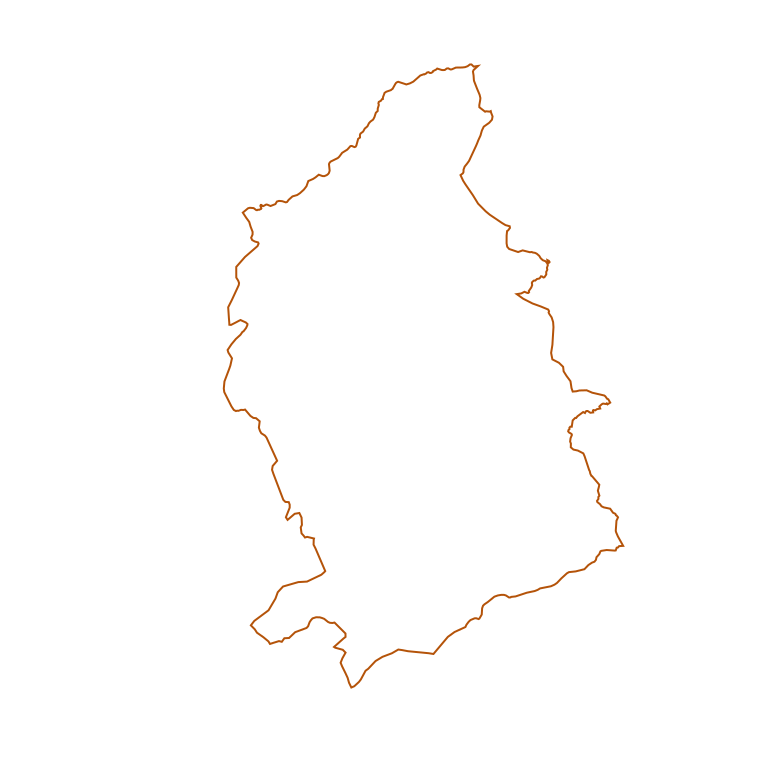 Kapanga, Katanga, Democratic Republic of the Congo, rotated 63°
{"feature_id": "63176286B41140464701712", "entity_name": "Kapanga", "entity_type": "district", "adm_level": 2, "iso_a3": "COD", "parent_name": "Democratic Republic of the Congo", "parent_adm1": "Katanga", "projection": "orthographic", "projection_center": [22.662, -8.489], "detail": "fine", "context": "isolated", "style": "outline", "palette": "amber", "viewbox_px": 768, "rotation_deg": 63, "n_neighbors": 0, "source": "geoboundaries", "source_scale": "gbopen_adm2", "svg_char_len": 6165}
<svg xmlns="http://www.w3.org/2000/svg" viewBox="0 0 768 768"><g transform="rotate(63 384 384)"><path d="M636.8,244.4L626.0,244.8L621.5,244.5L620.1,244.2L611.3,238.9L610.5,237.8L609.0,236.0L606.7,236.5L606.3,236.9L604.7,236.8L602.6,238.4L597.8,239.1L593.7,244.2L591.7,245.7L589.1,246.1L586.1,247.5L584.9,247.3L583.7,245.1L582.0,244.3L581.3,242.8L576.2,241.9L573.5,239.5L571.5,237.9L560.5,240.5L560.1,240.9L557.6,240.9L555.0,240.2L553.9,240.3L539.6,238.1L536.3,237.9L531.3,241.5L528.4,245.0L525.2,246.3L521.9,244.5L519.8,244.3L517.0,242.4L514.7,239.7L513.6,239.6L511.1,241.2L509.8,241.4L508.7,240.4L508.5,239.3L507.1,238.6L506.6,237.3L507.3,236.1L502.1,232.4L501.0,229.0L501.5,228.2L500.6,226.3L499.4,219.3L501.1,218.1L500.1,216.7L500.0,215.9L500.5,214.8L503.3,213.2L504.3,210.5L502.4,209.8L502.3,209.2L503.4,207.8L503.1,205.7L504.0,202.5L501.8,202.3L500.9,199.2L500.9,197.7L502.6,195.3L502.4,194.3L503.6,194.1L503.3,190.9L499.4,191.1L498.5,191.9L495.4,192.4L494.2,193.0L486.3,202.4L481.6,206.3L478.5,212.8L477.8,215.9L476.4,219.3L472.8,218.8L466.2,216.6L459.7,217.7L454.3,218.2L450.0,216.6L444.5,218.5L438.5,222.8L432.2,221.0L425.6,216.2L410.3,207.2L405.6,205.2L400.8,204.4L396.8,204.9L395.1,204.9L394.1,203.9L392.2,203.9L386.1,209.1L379.7,215.1L371.3,221.2L364.2,224.9L365.6,220.6L365.6,217.0L367.9,215.0L368.4,214.0L368.0,213.0L366.9,212.8L364.9,209.0L363.1,207.0L361.1,206.4L360.3,205.4L359.9,203.4L360.5,202.3L359.9,200.0L360.5,197.9L360.2,196.7L359.3,195.2L360.0,194.3L361.5,193.6L361.7,192.6L360.1,189.7L357.8,188.6L356.3,186.6L354.5,186.1L352.4,184.0L351.4,183.9L350.9,183.5L350.8,181.6L350.5,181.1L349.1,181.2L347.9,182.1L349.4,182.4L350.1,183.9L348.0,184.3L345.8,186.3L343.1,187.3L340.3,187.5L337.3,188.7L335.7,189.9L334.3,191.8L333.5,192.4L332.8,194.2L327.9,199.8L327.3,204.6L320.5,211.2L317.6,211.9L314.3,210.9L307.3,207.3L303.6,204.9L303.5,203.7L302.1,200.9L300.5,200.4L297.6,203.6L294.2,205.7L281.2,212.9L276.3,215.0L266.0,218.3L256.0,219.1L243.1,220.8L238.9,221.2L232.6,221.0L232.1,218.1L231.3,217.0L229.1,215.8L226.9,213.4L225.4,210.0L223.8,206.9L213.7,194.0L211.7,191.6L209.8,189.5L206.4,185.2L204.4,183.4L202.6,181.7L200.0,178.3L199.0,171.6L197.5,167.8L194.9,165.8L190.9,165.4L189.3,165.0L189.3,166.2L187.3,169.3L187.3,170.3L180.7,173.4L178.8,172.5L175.0,169.6L173.0,168.3L169.7,167.5L162.9,167.0L155.0,166.2L153.9,165.9L149.7,164.1L146.0,162.9L144.9,161.6L143.3,155.8L141.9,160.0L139.0,161.0L138.3,162.4L138.8,165.2L138.5,167.9L137.5,170.6L134.7,176.3L134.4,180.9L133.9,182.0L131.9,183.5L131.4,184.8L131.8,187.3L131.2,188.7L130.5,189.9L127.1,193.4L127.5,194.7L127.5,198.3L128.2,199.1L128.2,201.0L127.6,202.0L126.4,202.7L126.0,204.2L126.5,205.7L126.4,207.6L126.1,207.8L125.6,211.6L127.9,220.6L127.9,224.5L127.2,228.2L126.6,228.7L121.2,234.1L121.0,235.1L121.2,236.6L121.8,237.7L125.0,242.5L125.0,243.5L125.3,244.4L124.6,249.3L124.9,251.4L126.0,252.5L127.9,254.6L129.6,255.7L129.3,256.6L130.2,258.0L130.3,260.6L131.4,261.6L133.0,261.9L135.7,264.5L137.9,265.7L138.6,268.1L141.9,271.4L143.5,273.7L144.0,276.9L144.8,279.0L146.9,281.8L147.7,285.2L149.6,288.0L150.2,291.3L151.2,292.4L153.5,293.5L153.8,295.7L159.0,300.4L159.7,301.6L159.5,302.8L157.3,304.6L156.8,305.9L158.5,310.3L159.0,316.3L161.2,320.8L161.7,322.6L161.6,330.5L162.0,331.7L162.4,332.4L163.1,333.2L169.3,335.6L171.0,337.3L171.6,338.6L171.9,340.2L171.7,342.8L170.8,344.4L167.9,347.1L168.8,351.2L169.1,354.1L168.8,359.3L172.6,363.3L174.4,367.1L175.8,372.2L176.2,375.6L175.3,380.4L176.6,385.3L177.8,387.7L177.6,389.0L174.9,391.7L173.2,394.4L172.8,396.6L174.4,399.1L173.9,404.3L171.2,406.6L170.6,407.5L170.7,410.8L170.3,411.4L168.8,411.9L168.5,412.5L169.2,413.3L171.8,413.5L172.2,414.1L172.1,416.2L171.5,417.1L171.5,418.2L171.0,418.9L168.1,420.3L166.1,423.5L165.7,425.3L167.2,432.0L173.4,431.3L178.4,430.5L183.1,431.4L188.8,432.0L191.2,433.3L193.4,436.0L195.9,436.1L198.4,434.4L200.7,431.9L202.0,432.0L203.7,434.1L207.7,450.2L212.6,462.5L222.1,467.3L225.8,467.0L228.2,467.3L229.9,468.5L232.2,471.4L239.9,481.2L244.9,488.0L255.4,492.5L259.3,494.1L261.0,494.9L261.9,493.5L261.9,488.8L261.8,482.9L266.4,479.2L268.6,478.4L269.6,479.1L271.5,481.5L273.3,485.3L273.3,486.4L275.0,489.6L276.6,495.5L279.4,502.0L282.7,507.9L285.3,508.4L292.1,507.8L297.8,512.5L300.2,515.0L309.3,525.0L315.3,528.8L318.7,530.0L334.7,530.1L338.9,529.6L340.9,528.2L341.1,527.0L341.8,525.9L342.1,523.2L343.4,520.9L343.7,519.4L351.8,517.5L354.9,515.8L356.4,513.5L360.8,511.7L366.1,515.3L369.4,515.8L372.2,515.7L375.9,513.5L378.4,513.0L403.9,514.1L406.5,520.4L409.6,522.7L413.7,523.3L441.5,526.3L444.3,525.4L446.0,522.5L448.7,522.8L451.4,524.2L458.2,531.9L461.3,531.6L459.1,522.5L460.5,518.0L465.6,518.1L472.3,521.1L474.0,523.3L479.7,525.3L482.5,524.5L484.9,524.1L485.3,521.9L489.9,516.5L490.8,517.3L495.2,519.7L499.5,519.7L524.0,521.3L524.5,522.5L525.5,526.4L525.1,542.3L521.6,550.3L518.6,565.9L521.3,573.2L525.9,578.1L533.2,589.6L536.2,607.1L538.6,612.2L543.9,610.5L547.9,610.1L554.9,606.4L560.9,603.8L563.8,603.6L565.4,594.3L567.3,592.1L565.3,588.2L567.2,583.9L564.8,575.8L566.2,563.8L565.4,561.6L562.5,558.5L561.3,556.4L560.4,554.1L561.0,550.4L562.8,547.1L564.4,545.4L566.1,543.9L570.6,541.9L572.2,540.6L573.5,538.5L574.1,536.4L588.8,531.6L591.9,533.1L592.4,535.7L595.6,547.9L596.8,547.2L602.1,541.4L605.9,540.2L609.5,545.6L612.7,549.2L616.5,549.5L624.0,549.6L629.3,549.8L634.3,550.8L639.6,550.9L639.8,547.7L638.1,541.6L636.7,538.7L631.1,530.6L630.6,527.4L627.0,517.3L626.4,509.2L627.5,499.2L627.1,491.8L629.2,488.8L633.0,483.9L644.1,466.5L647.0,462.5L638.3,441.9L637.0,433.7L637.5,421.8L635.9,419.8L634.3,416.5L633.6,414.1L633.9,409.7L634.5,408.3L636.4,406.4L636.3,405.5L633.8,401.6L628.4,398.4L626.5,396.4L625.9,394.5L625.4,390.6L623.6,382.2L624.1,378.5L625.1,375.3L626.4,372.8L627.7,371.4L631.0,369.5L631.6,368.1L631.4,367.4L633.0,363.2L634.8,351.5L636.9,343.7L637.2,340.5L637.0,337.7L640.0,327.1L640.2,323.2L639.8,320.2L637.7,314.2L635.7,306.9L635.6,304.6L638.0,298.3L640.0,289.5L638.1,284.1L637.6,279.7L637.9,277.2L636.9,275.0L634.8,273.3L633.3,269.4L631.4,267.2L631.3,266.2L633.0,261.0L637.2,254.0L637.5,253.1L635.5,251.0L635.9,249.9L635.2,248.1L636.8,244.4Z" fill="none" stroke="#b45309" stroke-width="2"/></g></svg>